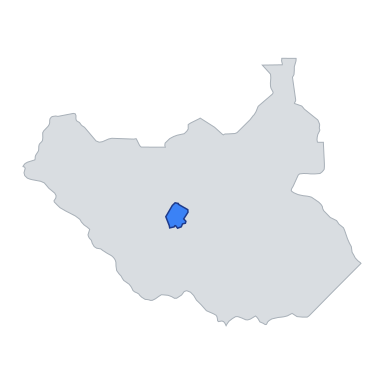 location of Cueibet, Lakes, South Sudan
{"feature_id": "79223893B36009183812967", "entity_name": "Cueibet", "entity_type": "district", "adm_level": 2, "iso_a3": "SSD", "parent_name": "South Sudan", "parent_adm1": "Lakes", "projection": "albers", "projection_center": [29.25, 7.096], "detail": "fine", "context": "in_parent", "style": "filled", "palette": "blue", "viewbox_px": 384, "rotation_deg": 0, "n_neighbors": 0, "source": "geoboundaries", "source_scale": "gbopen_adm2", "svg_char_len": 3922}
<svg xmlns="http://www.w3.org/2000/svg" viewBox="0 0 384 384"><path d="M322.0,302.7L309.6,315.3L308.7,316.1L307.2,317.1L302.2,317.1L297.0,316.6L292.1,313.4L287.3,315.9L284.2,316.7L282.4,317.0L278.0,317.5L271.9,318.9L269.2,320.5L267.7,321.9L266.5,324.3L265.9,324.6L264.7,324.3L263.2,323.3L259.9,321.9L258.2,318.9L256.7,317.0L255.5,316.0L250.3,319.1L247.8,319.9L245.8,319.8L242.0,318.1L237.8,316.6L235.7,316.6L232.5,318.5L228.9,321.3L227.0,324.0L226.1,325.7L224.9,323.2L223.6,321.6L221.9,321.0L218.4,321.6L217.6,320.7L217.4,318.6L216.9,316.6L216.0,315.2L213.3,313.7L206.4,310.7L201.1,304.7L198.4,302.0L196.5,300.2L193.7,295.5L190.5,292.2L186.7,290.7L184.2,291.5L181.6,295.0L176.7,298.2L174.5,298.3L171.6,296.6L168.0,295.3L161.5,294.7L158.9,296.3L155.4,298.8L152.4,300.3L150.5,300.4L148.8,299.8L146.9,299.5L145.2,299.4L141.7,297.2L139.9,295.5L138.7,293.9L136.8,292.8L134.5,291.8L132.9,290.4L132.1,288.6L130.8,286.3L129.1,284.2L123.8,280.5L122.3,278.3L121.2,276.2L119.0,273.8L116.7,270.6L116.0,266.0L115.9,262.3L115.4,260.5L114.5,258.8L113.3,257.3L111.5,255.7L107.2,253.3L102.8,250.5L100.7,248.9L96.6,248.2L94.2,246.6L92.2,243.2L91.4,240.4L89.4,238.2L88.5,236.6L88.0,234.8L89.7,229.3L87.4,227.3L83.9,224.8L81.4,222.0L79.9,219.4L75.4,216.0L65.7,211.0L60.0,207.7L57.0,204.8L54.3,202.0L54.0,200.8L55.8,198.0L56.1,195.7L54.7,193.1L48.9,188.3L44.3,182.9L40.7,181.3L32.2,179.7L29.8,179.1L27.3,178.1L24.8,175.7L24.0,172.8L25.2,168.3L24.5,167.0L23.0,166.6L23.4,165.6L25.1,163.5L27.7,162.1L34.8,159.9L35.1,159.1L35.3,156.3L35.9,154.9L38.4,151.0L38.7,149.5L38.8,146.2L39.2,144.6L39.9,143.5L41.8,141.6L42.5,140.4L42.8,137.9L42.7,132.8L43.7,130.9L48.1,126.3L49.3,124.3L49.7,122.5L49.7,120.6L50.0,118.8L51.3,117.1L52.4,116.5L55.7,116.0L57.9,116.4L73.4,113.4L75.2,113.8L76.0,115.7L75.9,118.6L76.2,120.0L77.0,121.1L79.5,122.5L81.1,124.8L82.0,125.7L84.5,127.3L96.0,140.9L99.2,142.2L102.4,141.7L108.6,139.0L111.8,138.3L133.7,139.1L136.1,138.7L136.3,138.8L139.6,145.5L141.2,147.1L165.3,147.2L164.8,145.3L165.1,143.1L169.3,139.0L169.9,138.5L173.7,136.5L177.3,135.2L184.2,133.7L186.8,131.2L188.2,129.0L188.2,124.6L189.2,123.9L190.8,122.9L198.9,118.9L200.2,118.1L214.5,127.2L222.5,134.4L223.0,134.7L223.4,134.9L223.8,134.6L224.2,134.3L225.1,134.0L228.6,133.9L235.0,133.5L237.1,132.6L250.1,119.7L253.3,115.5L254.2,114.7L256.0,111.7L258.0,106.7L258.4,106.1L272.5,94.0L273.0,93.0L273.1,92.2L271.0,88.2L270.5,86.1L270.4,83.0L270.8,78.0L270.6,74.9L270.4,74.1L270.3,73.9L262.3,65.1L282.3,64.8L282.3,63.7L282.3,63.4L281.9,62.3L281.6,60.9L281.6,60.1L281.8,59.4L281.8,59.0L281.7,58.6L281.8,58.3L296.1,58.4L296.0,60.9L294.3,66.8L294.3,70.4L294.0,74.4L293.5,75.6L292.8,76.6L292.5,77.1L292.5,77.5L295.7,100.1L295.5,101.1L294.7,102.5L294.5,103.0L294.4,103.3L294.8,103.6L301.4,105.9L301.7,106.1L302.0,106.3L304.4,109.2L317.6,119.8L318.0,120.3L319.4,123.7L319.6,124.2L319.6,125.0L319.6,125.7L319.3,127.7L319.4,128.6L319.6,129.2L319.8,129.9L319.8,130.1L319.7,130.6L317.8,134.5L317.2,137.3L317.0,139.7L317.2,141.0L317.4,141.9L317.6,142.2L317.8,142.3L323.4,142.3L323.4,143.5L324.4,164.0L324.4,166.3L324.2,169.2L323.5,170.3L322.0,172.0L320.0,173.5L314.9,173.9L310.6,173.9L307.6,173.6L303.5,173.5L299.6,173.9L298.2,175.1L293.2,186.1L291.6,188.8L291.2,190.4L291.7,191.3L293.7,192.7L298.1,194.6L303.2,195.7L306.9,196.1L309.5,196.6L311.5,197.2L318.7,202.1L321.0,204.4L322.3,206.4L322.7,208.6L323.7,210.7L330.3,217.5L336.6,220.6L339.0,224.2L341.3,226.0L343.5,227.8L344.7,230.6L347.5,238.8L349.4,243.1L351.3,246.6L352.1,252.3L353.6,254.8L355.2,257.9L357.8,260.7L360.5,262.8L361.0,263.4L334.2,290.3L322.0,302.7Z" fill="#d9dde1" stroke="#a8b0b8" stroke-width="1"/><path d="M181.3,226.8L182.5,223.9L185.4,223.2L185.9,221.3L183.7,218.9L188.0,212.2L187.8,209.7L178.4,204.3L178.4,203.5L175.1,202.8L174.6,203.3L172.3,205.5L165.8,216.7L169.3,225.7L169.7,227.9L174.1,226.9L174.9,225.7L175.6,225.7L177.6,228.2L181.3,226.8Z" fill="#3b82f6" stroke="#1e3a8a" stroke-width="1.5"/></svg>